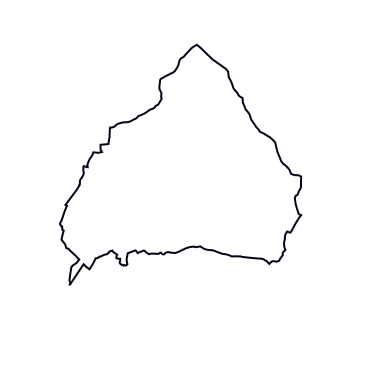 Diosig, Bihor, Romania (Equal Earth projection), rotated 115°
{"feature_id": "2599482B5279611201513", "entity_name": "Diosig", "entity_type": "district", "adm_level": 2, "iso_a3": "ROU", "parent_name": "Romania", "parent_adm1": "Bihor", "projection": "equal_earth", "projection_center": [21.983, 47.326], "detail": "fine", "context": "isolated", "style": "outline", "palette": "ink", "viewbox_px": 384, "rotation_deg": 115, "n_neighbors": 0, "source": "geoboundaries", "source_scale": "gbopen_adm2", "svg_char_len": 5933}
<svg xmlns="http://www.w3.org/2000/svg" viewBox="0 0 384 384"><g transform="rotate(115 192 192)"><path d="M312.8,269.1L313.5,268.9L314.1,268.7L315.8,268.2L316.6,268.0L322.1,266.3L323.5,265.8L324.3,265.5L325.0,264.5L325.4,263.9L325.6,263.7L325.9,263.7L326.9,263.8L327.5,263.7L327.3,263.4L319.6,262.2L311.6,261.0L303.3,259.7L304.6,256.1L305.1,253.4L305.4,252.3L300.1,251.5L294.1,251.2L293.0,251.4L291.8,249.6L291.3,249.4L290.7,248.9L290.4,248.8L289.8,248.8L289.7,248.7L289.5,248.3L289.5,248.0L289.4,247.7L288.6,247.1L287.9,246.6L287.7,246.3L286.5,245.5L285.9,244.9L284.8,243.4L284.1,242.7L283.7,242.5L282.9,242.2L282.6,242.0L282.2,241.7L281.9,241.9L281.5,241.7L280.7,241.5L280.3,241.2L278.8,239.5L279.2,239.3L279.4,239.0L279.6,238.2L280.0,235.9L280.5,233.2L281.5,233.3L282.5,233.1L283.9,232.6L283.8,232.1L283.5,230.2L283.0,229.3L282.8,228.8L284.6,228.1L285.1,228.0L286.2,227.8L286.8,227.7L287.0,227.3L287.3,226.8L287.4,226.5L287.4,226.2L287.5,225.6L287.7,225.1L287.7,224.7L287.4,223.7L287.5,223.3L287.6,223.0L287.6,222.9L286.9,222.6L286.6,220.7L284.8,220.0L282.0,222.1L280.3,222.9L278.6,223.4L274.7,224.3L269.8,219.6L268.8,218.5L270.3,215.2L269.5,214.8L267.1,212.5L265.3,210.9L265.4,209.8L265.9,208.5L266.3,207.9L266.3,206.5L266.3,205.6L266.6,205.1L266.6,204.7L265.6,203.7L265.3,203.2L264.4,201.5L263.4,199.0L262.2,196.1L260.5,195.2L260.3,195.0L260.2,194.5L260.8,192.8L260.8,192.0L260.6,191.3L260.1,190.7L258.9,190.6L258.5,190.4L256.7,188.6L256.4,188.1L256.1,186.1L254.5,181.7L254.3,181.3L251.9,178.9L245.9,174.0L243.9,171.9L242.7,170.5L240.5,166.9L240.7,166.1L240.5,165.5L237.8,161.4L238.4,157.2L237.9,153.6L236.0,148.2L235.2,138.1L234.6,136.8L234.1,134.4L233.7,132.8L233.6,131.1L233.6,128.8L231.1,123.7L229.8,120.6L229.6,119.1L227.1,111.6L224.8,105.3L222.9,100.3L222.7,98.3L223.1,96.8L223.0,95.5L223.0,95.2L223.9,93.1L224.5,91.5L223.6,91.3L222.5,90.8L221.8,90.6L221.0,90.1L220.4,89.4L219.8,87.6L219.4,85.8L217.6,84.0L215.0,83.9L210.9,83.0L208.8,84.1L207.1,83.7L205.3,82.8L202.6,85.3L200.5,86.3L199.9,86.8L199.4,87.0L197.7,87.5L195.6,87.9L192.7,89.1L190.7,89.4L189.6,89.3L187.6,89.1L187.5,87.2L187.2,85.6L184.5,85.3L181.5,85.1L177.6,84.9L173.3,84.4L169.9,84.0L166.9,83.3L167.0,85.0L166.2,86.6L164.8,87.9L163.6,89.0L162.0,90.5L159.1,92.9L158.5,93.4L155.2,95.5L153.9,96.3L153.3,96.3L151.4,96.4L150.8,95.9L150.0,95.1L146.2,95.5L144.0,95.2L142.2,95.2L140.8,95.6L139.9,96.0L139.1,96.4L137.3,97.3L134.8,98.3L133.3,99.0L132.4,99.3L131.9,99.5L131.8,102.6L133.3,106.0L133.8,109.8L132.1,111.6L130.9,112.8L129.7,115.0L128.9,117.1L128.2,119.5L128.1,120.1L127.8,121.6L126.3,124.3L124.0,126.6L122.5,128.3L120.9,130.1L119.4,131.6L117.0,133.6L114.5,135.5L112.0,137.5L110.7,140.5L110.6,140.9L109.4,144.7L109.2,148.0L108.7,151.6L108.7,153.4L108.8,155.8L107.7,157.2L106.7,159.3L106.2,161.0L105.0,162.7L103.4,165.4L102.1,167.6L101.7,168.5L100.5,169.8L99.5,170.6L97.2,172.8L95.7,175.5L94.9,177.4L94.6,178.1L93.7,179.2L91.8,181.0L90.4,182.6L89.6,183.4L88.4,184.3L85.4,185.9L85.4,188.2L85.0,189.8L84.5,190.9L83.5,192.1L82.3,194.3L81.8,195.7L81.2,197.3L80.0,198.7L78.4,200.2L76.7,201.8L75.3,203.4L74.3,204.6L72.9,206.6L71.5,207.9L69.0,209.3L67.4,210.4L66.1,213.3L65.8,214.8L65.5,216.8L65.0,219.3L64.7,220.7L64.4,222.7L63.6,226.8L63.1,229.9L62.5,231.2L61.7,233.6L61.2,235.2L59.8,239.2L58.4,243.2L57.3,246.3L57.3,246.9L56.8,248.4L56.9,248.9L56.5,249.8L57.2,250.3L60.8,252.7L61.9,253.2L64.1,253.9L67.3,255.0L68.7,255.5L71.2,256.2L72.6,256.5L72.9,256.6L73.2,256.8L73.6,257.1L74.9,258.1L75.2,258.2L76.3,258.7L77.1,258.8L77.9,258.9L79.2,258.7L80.9,258.4L82.8,258.0L83.2,258.0L84.4,258.0L87.2,258.2L89.3,258.6L90.3,258.9L91.0,259.3L91.9,259.8L92.8,260.5L93.7,261.4L95.3,262.5L97.1,264.0L99.3,265.6L101.4,267.1L102.4,267.8L102.8,268.1L103.2,268.2L103.8,268.2L105.0,267.8L108.4,266.7L110.8,265.9L111.7,265.5L113.1,264.3L114.5,262.4L115.1,261.7L115.7,261.3L117.2,260.8L118.5,260.3L119.0,260.1L119.4,259.7L119.9,259.2L120.2,258.9L123.5,259.2L126.9,259.5L129.4,261.3L131.9,261.8L133.4,263.1L135.3,265.0L137.7,266.3L140.5,267.9L142.3,269.4L144.4,271.2L145.6,272.6L147.5,273.2L148.8,273.7L149.6,274.2L150.3,275.0L151.3,275.7L151.8,276.0L152.6,276.6L153.4,277.3L154.7,278.3L155.3,279.1L155.7,279.7L156.3,280.5L157.5,283.0L158.4,284.4L160.1,286.4L161.0,287.5L163.2,289.1L165.5,289.9L167.2,291.6L167.5,291.9L168.1,293.4L168.7,293.3L169.2,293.2L169.7,293.0L172.3,291.9L174.3,291.2L176.4,290.2L176.8,290.0L178.6,289.6L179.5,289.4L181.0,288.9L181.4,288.8L183.7,288.0L184.4,288.9L185.6,290.8L185.9,291.5L186.6,292.7L187.8,294.8L188.4,294.6L188.8,294.4L189.4,294.2L190.8,293.4L192.3,292.8L193.8,290.4L193.9,290.5L194.2,291.1L194.6,291.6L194.9,291.9L195.5,292.7L196.0,293.4L196.4,294.2L197.6,297.9L197.7,298.1L197.8,298.2L199.4,298.0L200.0,298.0L200.6,298.0L201.5,298.0L202.0,298.0L202.5,298.1L202.8,298.1L203.4,298.3L204.1,298.4L205.2,298.6L205.4,298.6L206.0,298.7L206.8,298.7L207.6,298.7L207.9,298.6L208.2,298.6L209.4,298.5L210.7,298.4L211.4,298.4L211.7,298.3L212.2,297.9L212.8,297.6L213.6,297.0L213.8,297.6L214.3,301.1L214.6,301.2L215.5,300.9L216.8,300.3L217.3,300.0L218.0,299.8L218.3,299.7L219.7,298.7L219.8,298.6L220.0,298.4L220.5,298.1L221.2,297.9L221.9,297.8L222.2,297.7L223.6,297.8L224.3,297.8L225.1,297.8L225.9,298.0L226.7,298.2L227.7,298.4L229.0,298.3L229.5,298.1L230.4,297.8L231.5,297.2L233.4,297.1L233.4,296.8L238.8,297.4L257.2,301.2L257.3,299.5L260.1,299.4L262.4,299.3L264.8,299.1L267.4,298.8L269.9,298.5L273.5,298.2L275.0,298.3L275.7,298.3L276.5,298.2L277.1,297.9L277.4,297.5L277.9,296.0L278.0,295.6L278.3,295.8L278.5,295.5L278.7,295.4L278.9,294.8L279.3,294.6L279.9,294.0L280.7,293.9L281.0,293.7L281.2,291.9L284.1,291.5L290.4,290.1L291.4,288.1L292.0,287.1L292.3,286.2L292.6,285.7L293.2,284.6L294.2,283.9L295.7,282.5L296.0,281.8L295.7,280.4L295.8,279.6L296.5,278.2L297.3,275.7L297.6,274.7L298.1,273.1L298.7,271.2L300.0,268.0L300.8,265.7L305.1,266.6L309.2,269.1L311.1,269.5L311.6,269.5L311.9,269.4L312.8,269.1Z" fill="none" stroke="#020617" stroke-width="2"/></g></svg>